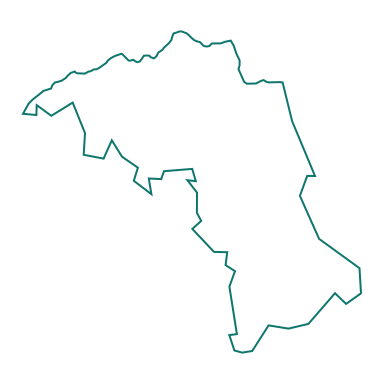 Mitchell, North Carolina, United States of America (Albers equal-area conic projection)
{"feature_id": "52423323B85327388246138", "entity_name": "Mitchell", "entity_type": "district", "adm_level": 2, "iso_a3": "USA", "parent_name": "United States of America", "parent_adm1": "North Carolina", "projection": "albers", "projection_center": [-82.222, 35.991], "detail": "fine", "context": "isolated", "style": "outline", "palette": "teal", "viewbox_px": 384, "rotation_deg": 0, "n_neighbors": 0, "source": "geoboundaries", "source_scale": "gbopen_adm2", "svg_char_len": 1565}
<svg xmlns="http://www.w3.org/2000/svg" viewBox="0 0 384 384"><path d="M173.5,33.5L172.6,35.6L171.3,40.1L168.7,43.4L163.6,48.0L163.1,49.0L162.4,49.8L161.4,50.5L158.4,52.5L157.0,55.1L156.2,56.6L153.8,58.4L150.5,57.1L149.4,55.7L147.0,55.5L143.9,55.7L141.6,59.1L139.8,61.5L137.4,62.1L135.7,61.5L133.3,59.8L129.8,60.7L128.5,60.4L122.2,54.1L121.4,53.8L115.1,55.9L111.1,58.0L107.7,60.7L106.6,62.6L99.2,67.9L96.7,69.2L93.8,69.4L90.7,71.2L88.3,71.7L84.9,73.6L77.1,73.3L75.9,72.7L74.7,71.5L70.6,73.0L66.6,76.8L66.2,77.7L61.8,80.6L58.1,81.8L54.9,82.5L52.4,85.2L51.1,88.5L43.7,90.8L32.5,99.7L28.6,103.7L23.0,113.8L36.4,115.0L36.7,105.1L51.3,115.8L72.7,102.6L85.0,133.1L83.7,154.8L103.6,158.6L111.8,140.3L122.0,156.7L137.9,167.7L133.8,180.8L151.4,194.2L148.8,178.5L161.2,179.1L164.0,171.2L192.2,168.9L195.8,181.2L187.4,180.2L197.0,192.6L196.9,212.8L201.2,220.9L192.3,228.9L214.0,251.9L227.2,252.2L225.6,265.1L235.0,271.2L229.4,286.6L236.9,334.1L229.3,335.1L234.4,350.5L242.2,352.6L252.2,351.0L268.6,325.4L288.5,328.6L308.4,323.9L335.0,293.2L346.1,303.9L361.0,293.3L359.5,268.2L319.1,238.9L299.9,195.8L307.2,175.9L315.0,176.0L292.1,121.1L282.6,82.4L278.7,82.1L269.0,82.4L266.6,81.9L263.6,80.1L260.8,81.0L256.0,83.5L246.8,83.7L244.1,81.8L238.5,69.2L239.6,65.2L239.6,60.4L236.2,53.3L233.7,45.6L230.7,40.6L224.6,41.9L220.8,43.4L214.3,43.4L212.0,43.5L210.7,44.6L209.4,46.0L206.9,46.5L204.0,46.1L203.2,45.5L202.3,44.5L199.9,42.1L196.8,41.3L194.1,40.1L191.1,37.5L189.1,35.4L186.8,33.4L181.8,31.5L179.8,31.4L176.3,32.6L173.5,33.5Z" fill="none" stroke="#0f766e" stroke-width="2"/></svg>